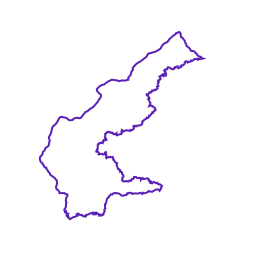 outline of San Felipe, Guainía, Colombia, rotated 251°
{"feature_id": "7082276B30016646196042", "entity_name": "San Felipe", "entity_type": "district", "adm_level": 2, "iso_a3": "COL", "parent_name": "Colombia", "parent_adm1": "Guainía", "projection": "orthographic", "projection_center": [-67.469, 2.054], "detail": "fine", "context": "isolated", "style": "outline", "palette": "violet", "viewbox_px": 256, "rotation_deg": 251, "n_neighbors": 0, "source": "geoboundaries", "source_scale": "gbopen_adm2", "svg_char_len": 5807}
<svg xmlns="http://www.w3.org/2000/svg" viewBox="0 0 256 256"><g transform="rotate(251 128 128)"><path d="M202.1,204.4L201.2,203.6L200.7,201.2L198.5,196.0L196.4,193.2L196.3,190.6L195.8,188.9L194.6,186.8L192.9,185.1L192.2,183.7L191.2,179.0L191.7,171.4L189.3,168.5L186.9,161.5L186.4,158.4L185.5,155.8L184.5,154.4L184.5,153.7L183.1,152.0L181.5,151.7L180.1,149.5L177.5,148.0L175.4,144.5L173.5,144.1L173.9,140.1L174.9,138.1L175.2,134.8L176.6,133.1L178.9,128.4L178.4,124.0L177.0,119.8L177.1,117.0L176.6,114.5L175.0,111.3L173.7,110.8L171.6,111.2L168.4,113.2L167.1,113.0L165.5,111.7L164.6,110.1L162.6,107.9L159.4,102.4L158.6,99.9L158.4,98.3L157.2,95.5L156.9,92.9L153.0,86.8L153.0,85.2L154.2,83.4L154.6,80.9L154.4,79.4L153.6,78.2L154.1,75.8L154.6,74.9L157.8,72.7L160.3,68.5L160.0,66.5L156.8,63.1L154.8,60.2L154.1,57.7L152.5,56.1L149.3,54.3L147.5,52.9L145.2,50.3L144.0,49.8L141.6,50.0L139.2,48.2L137.5,47.6L136.5,46.0L136.0,43.4L134.0,41.9L133.0,39.8L130.8,38.3L129.1,35.3L126.9,34.4L124.8,34.4L123.5,34.9L123.3,35.3L121.5,35.6L121.3,36.0L120.2,35.9L119.5,36.3L118.7,36.2L117.5,36.9L117.1,37.8L116.0,37.6L114.7,38.2L113.0,38.3L111.3,39.2L109.1,39.3L104.2,42.7L102.8,42.9L102.0,43.5L99.5,43.2L97.5,42.2L96.1,40.8L94.4,40.6L93.3,40.6L91.7,41.9L89.8,42.3L88.7,42.0L87.2,46.7L85.8,47.5L85.0,49.0L84.0,48.9L81.5,46.5L78.9,45.3L77.5,45.6L77.0,44.9L73.1,43.3L71.7,41.2L70.6,41.1L69.7,42.4L69.2,42.3L69.3,41.1L68.8,41.0L66.4,43.4L66.0,42.4L65.3,42.0L64.8,42.8L64.2,42.8L65.1,41.5L64.4,41.5L60.7,43.4L61.5,47.3L61.2,49.5L61.9,50.6L61.6,51.3L62.9,51.4L62.2,52.4L63.3,53.0L62.7,53.6L61.8,53.8L61.5,54.7L60.8,55.3L60.7,56.4L59.7,56.5L58.8,57.4L58.9,58.6L58.1,59.1L58.7,59.9L59.4,60.1L59.2,63.0L59.7,64.4L59.2,65.4L59.4,66.1L58.9,66.7L59.4,67.2L58.2,68.0L57.5,67.5L57.4,68.4L57.7,68.7L58.7,68.5L58.9,68.9L58.2,69.7L58.2,70.4L56.9,70.0L57.1,71.4L55.8,72.6L54.6,72.1L54.4,72.9L54.8,74.2L53.9,74.4L53.8,75.6L54.5,76.8L54.9,76.6L56.7,78.7L58.5,79.0L59.4,80.5L60.9,80.5L62.3,81.1L62.7,81.6L63.3,81.4L64.8,83.4L65.4,83.5L67.6,84.9L68.6,86.2L68.6,87.0L69.8,88.1L70.4,89.3L70.8,90.2L70.2,91.2L70.9,92.3L70.8,94.5L70.4,94.8L70.4,95.6L69.0,98.0L67.9,99.0L66.3,99.8L65.4,101.6L65.7,102.8L65.2,105.0L66.6,106.1L66.0,107.1L66.3,107.7L66.0,109.1L65.6,109.9L64.5,110.3L64.5,111.3L64.0,111.6L64.1,112.8L62.8,115.8L62.8,118.2L61.6,119.5L61.7,120.1L61.2,120.2L62.0,121.0L61.2,121.7L60.8,122.9L61.0,126.2L61.7,126.8L59.8,129.9L60.6,133.5L60.4,136.0L60.0,136.6L58.3,137.4L60.2,139.7L61.0,139.7L61.2,140.4L62.2,141.3L64.2,140.0L64.4,139.0L65.2,138.8L65.6,137.9L66.7,137.8L66.8,136.4L68.7,134.9L67.9,132.9L69.4,132.4L68.6,131.7L69.2,130.9L70.6,131.6L71.7,130.4L72.8,131.1L74.0,130.2L74.7,125.8L75.7,125.8L76.1,125.0L74.9,123.3L76.3,123.7L77.0,123.0L77.6,120.4L78.9,119.8L79.8,117.8L78.5,117.1L78.2,116.2L78.6,115.3L77.2,114.0L77.2,113.2L77.8,112.9L77.3,111.0L77.7,110.8L77.7,109.9L78.4,109.3L78.6,107.0L79.8,105.6L81.3,105.6L81.7,106.3L83.0,106.6L83.5,107.9L84.6,108.2L86.7,107.4L87.9,108.0L88.7,107.3L89.0,106.2L90.8,106.9L91.7,105.6L92.4,105.9L92.9,105.2L97.1,105.2L98.3,106.3L99.8,104.7L102.7,104.3L102.8,103.8L105.5,104.2L105.6,103.1L106.4,102.2L106.1,101.4L106.9,100.2L106.9,98.9L106.4,97.9L107.1,97.5L108.0,98.4L109.5,98.4L110.4,99.1L111.3,98.5L111.8,99.1L112.5,99.1L112.2,98.0L111.4,97.8L110.7,97.1L111.1,95.7L112.0,95.2L112.6,91.8L112.8,91.6L113.5,92.4L114.1,92.4L115.4,91.6L115.7,90.8L116.8,91.7L117.0,90.9L119.0,92.9L119.9,93.4L120.9,93.4L122.5,94.4L122.4,95.5L123.2,96.1L123.0,97.1L122.5,97.7L122.7,98.2L121.9,99.1L122.7,99.9L123.9,100.1L124.5,101.3L123.7,102.1L123.9,103.8L124.7,103.5L125.4,103.7L126.1,102.9L128.9,104.4L129.6,104.3L130.3,105.0L130.3,106.6L131.0,107.1L130.6,108.8L129.6,109.3L129.6,110.2L128.7,110.7L128.8,111.3L128.0,111.6L128.1,112.1L126.7,112.5L126.4,114.2L126.7,115.1L126.2,114.8L125.8,115.3L125.0,114.8L124.6,115.2L124.9,116.2L124.5,119.7L125.2,120.1L125.5,121.2L127.0,120.7L127.3,121.4L128.0,121.6L127.0,122.4L126.3,123.5L126.5,125.6L124.6,128.9L125.4,129.7L125.4,130.1L124.6,130.7L125.4,133.3L126.5,134.1L127.5,133.5L128.1,133.8L127.9,135.3L126.8,136.7L127.3,137.4L126.6,139.8L126.9,142.4L128.0,142.9L128.2,143.4L129.6,143.7L129.8,145.0L130.7,146.4L130.6,147.8L131.8,149.2L131.0,149.9L131.2,150.6L132.0,152.1L132.8,152.0L132.7,152.9L133.3,154.2L134.0,154.7L134.3,156.1L134.8,156.3L134.3,156.8L134.9,157.2L135.6,158.9L136.1,158.9L136.1,160.0L137.9,160.0L140.1,158.9L140.3,158.0L141.5,157.7L141.9,156.8L141.8,155.2L144.4,157.4L145.2,157.0L147.6,156.8L148.1,157.1L148.8,156.6L149.1,157.9L149.5,157.9L152.0,157.5L152.5,156.6L153.3,156.4L153.9,157.0L153.5,157.6L154.1,159.8L154.8,160.0L154.6,160.9L154.3,160.8L154.2,161.7L155.7,163.1L155.0,163.8L155.5,165.9L154.9,166.2L155.7,168.8L157.6,168.9L157.7,170.4L159.8,170.4L161.2,172.0L162.2,171.4L162.8,171.6L163.3,172.3L163.0,173.3L163.9,174.8L165.2,174.5L166.1,175.5L166.5,175.1L166.5,176.0L167.5,178.1L167.3,179.2L166.6,178.1L165.8,178.1L165.3,178.6L165.7,179.6L165.1,180.6L165.9,181.4L166.5,181.7L167.4,181.5L167.9,180.7L168.6,181.7L169.4,181.2L170.3,181.8L170.7,181.1L171.2,181.8L170.8,184.3L171.7,184.6L172.5,185.7L171.2,187.3L169.5,188.5L168.8,189.8L168.7,190.3L169.8,191.3L169.5,192.2L170.2,192.2L170.1,195.2L168.1,195.1L168.4,197.1L169.0,197.7L168.7,198.2L169.5,198.4L169.9,199.3L169.3,200.2L170.0,202.1L171.0,202.9L171.5,202.9L172.3,204.2L172.0,205.0L170.5,205.6L171.1,206.6L170.5,207.4L170.4,208.8L171.4,209.7L170.6,210.9L171.6,213.3L171.0,214.5L171.2,215.8L170.7,216.5L169.8,216.4L170.0,217.8L169.8,218.2L170.2,218.8L169.6,219.5L169.3,221.6L170.2,220.6L171.6,220.0L172.4,218.6L174.2,217.3L176.1,217.0L177.1,216.1L178.1,216.0L179.1,215.4L180.4,212.8L183.4,212.1L186.8,210.0L188.4,210.4L189.7,209.9L192.2,210.0L195.8,208.7L196.9,207.7L199.1,208.1L199.7,208.5L201.6,208.1L202.2,207.7L201.9,205.5L202.1,204.4Z" fill="none" stroke="#5b21b6" stroke-width="2"/></g></svg>